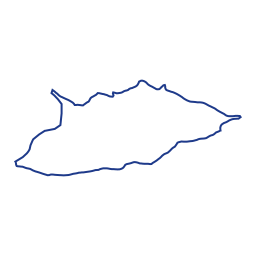 the district of Hadibu, Hadramawt, Yemen
{"feature_id": "15242507B399982580631", "entity_name": "Hadibu", "entity_type": "district", "adm_level": 2, "iso_a3": "YEM", "parent_name": "Yemen", "parent_adm1": "Hadramawt", "projection": "albers", "projection_center": [54.052, 12.499], "detail": "fine", "context": "isolated", "style": "outline", "palette": "blue", "viewbox_px": 256, "rotation_deg": 0, "n_neighbors": 0, "source": "geoboundaries", "source_scale": "gbopen_adm2", "svg_char_len": 4129}
<svg xmlns="http://www.w3.org/2000/svg" viewBox="0 0 256 256"><path d="M15.4,161.6L15.6,161.9L16.0,163.4L16.1,164.7L16.7,166.0L17.4,166.2L17.9,166.3L18.1,166.3L19.5,166.4L21.0,166.6L22.5,166.7L23.9,167.2L25.4,167.8L26.7,168.2L28.3,168.5L29.7,168.8L30.1,168.9L30.9,169.3L31.3,169.5L32.7,170.3L33.9,170.8L35.4,171.4L37.2,171.9L38.9,172.4L41.0,173.1L42.7,173.7L44.6,174.3L46.3,174.8L47.6,175.2L49.2,175.1L50.5,174.6L51.8,174.5L53.4,174.6L54.8,174.8L56.1,174.9L57.7,175.0L59.2,175.1L61.3,175.2L62.9,175.3L64.4,175.3L65.9,175.2L67.3,175.1L68.6,175.0L70.0,174.7L71.8,174.2L73.2,173.8L74.6,173.6L76.0,173.4L77.5,173.1L78.8,172.7L80.5,172.6L81.8,172.4L83.3,172.4L84.7,172.2L86.0,172.0L87.4,171.8L88.8,171.6L90.2,171.4L92.2,171.0L93.7,170.6L95.4,170.1L96.9,170.0L98.5,169.9L100.1,169.1L102.0,168.6L103.4,168.3L105.2,168.3L106.7,168.3L108.7,168.6L110.1,168.9L111.6,169.1L112.9,169.1L114.5,169.2L115.8,169.3L117.7,169.4L119.6,169.3L121.1,168.9L122.6,168.2L123.6,167.3L124.6,165.9L125.3,164.8L126.7,164.1L128.2,163.8L129.6,163.5L131.1,163.1L132.4,162.6L134.1,162.1L135.8,162.2L137.2,162.5L138.5,162.9L139.7,163.4L141.4,163.5L142.9,163.7L144.6,163.8L146.3,163.8L148.1,163.8L150.1,164.1L151.5,164.0L152.6,163.0L154.3,162.0L156.2,160.8L157.3,160.0L158.4,159.1L159.7,158.2L161.1,156.9L162.1,155.8L163.1,155.0L164.3,154.1L165.5,153.6L166.8,153.1L168.0,152.5L169.0,151.6L170.3,150.4L171.2,149.4L172.2,148.4L173.4,147.5L174.8,146.7L175.7,145.5L176.6,144.2L177.5,142.7L178.7,142.2L179.9,141.9L181.4,141.5L182.9,141.6L184.5,141.7L185.8,141.7L187.4,141.6L188.8,141.4L190.4,141.2L192.5,141.0L193.9,140.7L195.3,140.3L196.9,139.9L198.2,139.3L199.5,138.9L201.1,138.7L202.6,138.6L204.1,138.5L205.9,138.2L207.1,137.6L208.5,136.7L209.9,135.9L211.1,135.4L212.7,135.0L213.9,134.3L215.1,133.3L216.1,132.4L217.5,131.9L218.8,131.4L220.4,130.5L220.4,130.4L220.5,130.4L220.3,129.1L220.3,127.6L220.7,126.1L221.6,124.6L222.6,123.9L223.8,123.1L225.1,122.6L226.4,122.1L228.0,121.2L229.4,120.3L230.0,120.1L230.9,119.7L232.3,119.2L233.5,119.0L233.9,118.9L235.5,118.8L237.1,118.7L238.5,118.7L240.6,117.1L239.8,116.0L238.7,116.0L238.2,115.9L236.8,115.9L235.3,115.9L233.9,116.1L232.5,116.2L231.2,116.2L230.9,116.2L229.7,116.2L228.1,116.1L226.4,115.6L225.2,114.8L224.0,113.9L222.8,113.3L221.3,112.5L220.1,111.9L218.9,111.2L217.7,110.5L216.6,109.8L215.5,108.9L214.3,108.2L212.4,107.3L210.6,106.4L209.2,105.8L207.9,105.1L206.7,104.4L205.4,103.7L204.0,103.1L202.7,102.7L200.8,102.4L198.9,102.3L197.3,102.3L195.9,102.1L194.0,101.9L192.6,101.8L191.2,101.7L189.9,101.5L188.6,101.0L187.3,100.5L185.8,99.7L184.4,98.9L183.1,98.0L182.0,97.1L180.9,96.4L179.7,95.6L178.3,94.8L177.1,94.1L175.9,93.5L174.4,92.8L172.7,92.1L171.3,91.8L169.7,91.2L167.6,90.5L166.4,90.0L165.6,88.9L165.2,87.6L165.2,86.3L164.8,85.0L163.4,85.3L162.4,86.3L161.3,87.2L161.3,87.3L160.5,88.1L160.4,88.2L159.4,89.1L157.9,89.3L156.6,89.2L155.7,88.8L155.5,88.6L154.2,87.9L152.1,86.7L150.6,86.0L149.3,85.3L147.9,84.3L146.9,83.2L145.6,82.0L143.9,81.1L142.5,80.7L141.0,80.7L140.7,80.9L139.1,81.6L138.6,82.9L138.0,84.1L137.2,85.3L136.1,86.2L135.0,86.8L133.5,87.4L132.2,88.0L130.7,88.3L129.3,88.9L128.3,89.8L128.2,89.9L126.6,90.5L125.4,90.7L123.6,91.4L122.6,92.1L121.7,92.5L120.7,92.8L119.3,93.0L118.0,93.2L116.7,93.3L114.6,92.7L113.2,92.4L113.1,92.7L112.9,93.3L113.5,95.6L112.7,96.7L111.1,96.6L109.7,96.4L108.5,95.9L107.0,95.1L105.6,94.7L105.4,94.7L104.0,94.2L102.2,93.9L101.1,93.6L100.9,93.6L99.4,93.2L97.7,93.1L96.8,94.1L95.8,95.0L94.6,95.6L93.5,96.3L91.9,97.1L90.7,98.0L89.9,99.3L89.3,100.6L88.5,101.7L87.4,102.2L86.3,102.9L85.4,103.6L84.1,104.5L83.0,105.4L81.5,105.3L80.2,105.1L77.5,104.8L76.1,105.0L74.7,105.0L73.9,103.7L73.7,103.6L72.9,102.7L71.5,101.8L70.3,101.1L69.1,100.4L67.9,99.8L66.0,99.0L64.7,98.4L63.4,97.8L62.2,97.2L61.2,96.8L60.8,96.6L59.6,95.9L58.3,94.8L58.3,94.7L57.0,93.5L55.7,92.6L55.4,92.2L54.3,91.3L53.2,90.5L52.5,90.0L52.3,90.7L51.5,93.1L54.3,95.4L57.9,99.2L61.6,104.0L61.6,111.7L61.6,113.4L60.4,125.1L54.8,128.9L45.1,130.8L44.8,130.8L39.2,134.4L37.6,135.7L33.2,139.3L32.4,140.9L30.5,145.3L29.6,149.3L28.4,151.4L26.9,153.3L22.8,157.1L15.4,161.6Z" fill="none" stroke="#1e3a8a" stroke-width="2"/></svg>